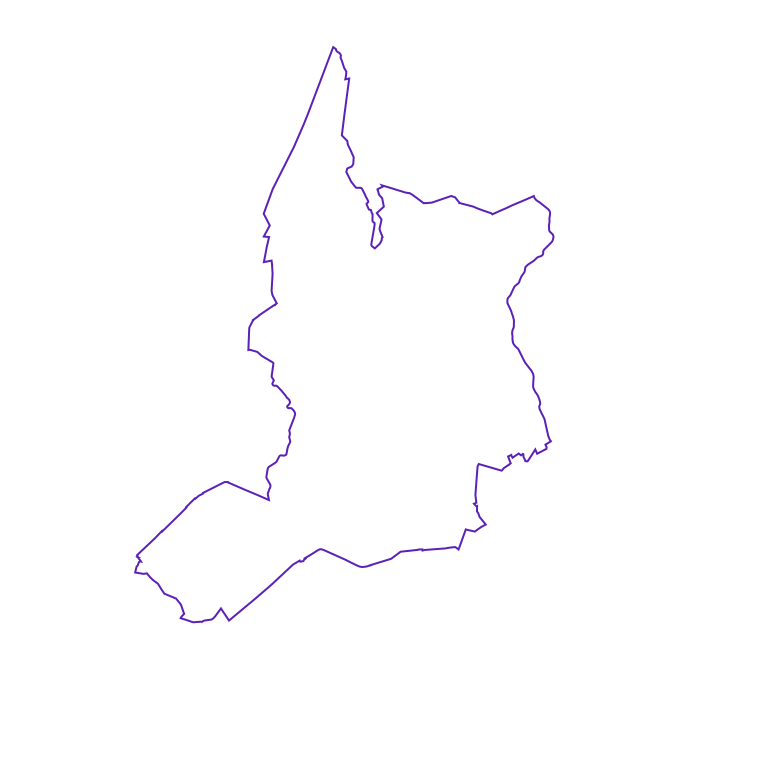 Barkavas pag., Madona, Latvia, rotated 112°
{"feature_id": "27541924B85435526421867", "entity_name": "Barkavas pag.", "entity_type": "district", "adm_level": 2, "iso_a3": "LVA", "parent_name": "Latvia", "parent_adm1": "Madona", "projection": "mercator", "projection_center": [26.589, 56.738], "detail": "fine", "context": "isolated", "style": "outline", "palette": "violet", "viewbox_px": 768, "rotation_deg": 112, "n_neighbors": 0, "source": "geoboundaries", "source_scale": "gbopen_adm2", "svg_char_len": 6097}
<svg xmlns="http://www.w3.org/2000/svg" viewBox="0 0 768 768"><g transform="rotate(112 384 384)"><path d="M661.4,439.1L630.6,422.6L616.4,415.3L612.1,413.1L585.5,400.7L579.3,396.0L580.1,395.0L578.4,392.4L577.6,392.4L577.1,392.3L575.0,391.2L574.9,391.3L574.9,391.9L570.9,388.8L562.3,382.6L561.3,381.5L560.7,380.3L560.5,377.8L561.4,354.0L561.9,348.1L562.4,341.0L562.4,338.0L561.8,335.3L560.3,332.9L560.2,332.4L557.2,328.6L557.1,328.8L543.4,311.9L533.3,305.8L525.5,291.2L525.3,290.7L525.1,290.7L524.3,289.6L523.0,286.5L524.0,285.9L522.8,284.3L522.5,283.8L513.5,265.6L511.6,262.6L509.0,257.9L508.6,257.0L508.5,256.7L509.5,252.9L505.3,253.0L488.2,253.7L488.1,252.6L486.8,244.5L484.2,242.9L479.9,240.1L476.2,237.0L471.8,245.0L471.5,245.5L468.4,248.3L467.3,250.1L462.7,251.8L462.9,251.9L462.6,253.0L461.3,255.7L459.5,253.9L452.6,257.7L451.0,258.2L440.4,261.6L425.6,266.3L422.7,266.2L420.3,242.6L420.0,242.2L417.1,241.4L411.4,237.5L411.2,237.5L410.1,236.8L404.7,241.8L402.1,239.4L402.7,239.0L404.2,237.2L398.0,233.1L398.8,230.2L396.8,229.0L397.0,228.4L399.1,227.5L399.7,226.9L402.1,224.3L402.6,224.0L401.9,221.9L397.1,220.9L388.0,219.2L391.3,215.9L383.4,209.2L381.9,209.4L379.7,211.6L375.1,208.1L374.5,207.8L373.9,208.9L373.2,209.8L370.6,212.3L356.6,221.9L354.6,224.0L352.1,226.9L349.3,230.0L348.7,230.5L347.7,231.1L346.6,231.7L344.6,231.7L343.8,231.8L343.1,232.1L342.3,232.5L339.6,234.6L337.6,236.5L336.1,238.4L334.7,240.7L332.6,243.2L331.0,244.5L330.2,244.9L327.2,246.0L321.4,247.9L319.3,249.2L318.7,249.6L318.1,250.3L316.3,252.5L315.4,254.2L312.0,260.0L311.1,261.4L308.4,264.6L302.2,271.5L301.1,272.9L300.1,275.8L299.5,277.0L298.6,278.5L297.6,279.7L296.4,280.5L294.7,281.5L291.5,282.8L289.9,283.7L289.1,284.2L286.7,284.9L284.6,285.0L283.3,284.9L282.3,285.1L276.9,287.1L275.5,287.9L272.6,290.1L271.0,291.6L269.2,293.0L267.4,294.8L263.4,299.2L262.6,299.9L260.9,300.7L259.8,301.1L257.9,301.3L254.4,300.1L253.2,300.0L246.9,299.7L244.4,299.4L240.2,297.1L239.0,296.8L236.7,297.0L232.8,296.9L228.0,295.8L227.2,295.7L223.0,296.6L222.4,296.6L219.5,295.3L214.4,291.8L213.3,291.1L209.5,289.4L208.8,288.9L208.3,288.4L206.6,286.3L206.0,285.9L204.9,285.3L203.7,285.2L201.3,286.1L200.3,286.0L199.5,285.9L189.6,281.7L188.7,281.5L187.7,281.4L185.3,281.7L184.3,281.9L183.5,282.3L182.8,282.9L182.2,283.5L181.9,284.1L181.2,285.7L180.9,286.7L180.5,287.5L179.9,288.2L179.3,288.6L175.1,290.5L171.9,291.2L171.1,291.5L170.1,292.0L168.3,292.7L164.6,293.6L163.0,294.1L161.9,295.0L161.2,295.9L160.4,297.3L159.8,299.4L157.4,307.3L157.1,308.6L157.1,309.2L156.5,311.6L155.6,313.4L155.0,314.3L153.6,315.5L154.3,316.1L156.6,318.4L162.0,323.7L169.7,331.5L174.6,336.0L181.0,342.3L186.1,347.1L185.5,348.4L186.0,356.5L186.2,362.7L186.1,367.9L187.9,381.7L188.0,381.9L187.7,382.0L184.3,388.0L184.5,392.1L197.9,407.6L200.6,412.9L200.9,413.8L201.0,413.8L201.4,414.8L201.5,414.9L198.8,425.0L197.9,428.8L197.4,432.0L197.7,432.3L198.5,436.2L199.8,452.0L200.6,460.2L201.3,458.9L205.9,463.0L206.2,462.8L206.1,462.7L210.4,459.5L212.4,455.4L212.6,455.2L219.6,450.6L219.9,450.7L228.2,454.7L230.3,451.3L232.3,448.0L233.9,447.6L241.8,446.3L243.7,444.8L248.4,440.3L249.3,440.7L251.6,440.0L255.5,440.4L261.7,443.3L260.8,446.7L260.4,447.3L259.8,447.8L258.8,448.2L240.0,452.3L238.4,453.0L238.1,453.2L237.9,454.5L237.7,454.9L237.4,455.4L237.1,455.8L230.8,458.2L230.6,458.4L229.9,459.5L227.7,461.2L227.5,461.6L227.9,462.9L227.9,463.3L224.1,467.3L223.4,467.7L221.3,466.8L221.0,466.8L220.4,467.1L216.7,471.4L215.8,472.3L215.0,473.2L211.4,477.3L210.9,478.3L210.9,478.6L211.0,479.6L212.5,483.3L212.4,483.7L208.8,490.1L201.6,498.3L201.4,498.4L198.1,498.8L197.5,498.4L194.5,495.4L191.5,494.9L185.2,497.0L180.3,502.0L175.5,507.3L172.4,509.1L169.3,516.2L148.7,521.7L113.8,530.7L116.0,534.0L112.1,534.8L108.5,535.9L105.8,539.4L100.4,543.9L97.6,546.6L95.7,546.9L94.5,548.0L93.6,549.8L93.7,550.4L93.2,552.2L92.8,553.1L91.4,554.2L90.7,557.3L162.2,555.7L174.0,555.7L197.8,556.3L245.0,560.2L271.2,559.3L279.8,549.3L292.3,550.7L290.8,545.6L301.0,544.0L316.0,541.0L311.7,534.5L315.9,532.1L316.0,532.2L323.5,528.6L339.5,523.2L340.8,522.5L343.5,520.6L349.4,513.6L351.6,515.0L351.9,514.8L352.4,515.7L367.2,525.6L367.5,525.5L373.3,529.1L373.3,528.9L373.9,529.1L373.9,529.3L381.9,530.0L382.9,529.8L403.3,522.5L402.5,521.2L402.5,520.4L402.4,520.1L401.7,513.5L403.6,508.2L403.8,507.5L405.7,495.2L405.8,494.7L406.5,494.2L418.8,491.1L419.5,490.8L421.2,488.4L421.9,487.5L424.9,487.7L425.6,487.6L426.2,487.1L426.6,486.6L426.8,485.9L426.6,484.7L426.0,483.7L426.0,483.1L426.0,482.3L428.4,477.0L429.4,475.1L431.3,471.5L432.4,469.8L432.8,469.3L433.3,468.4L433.7,466.9L434.5,465.6L435.8,464.5L436.5,464.2L437.3,464.2L439.4,464.7L440.3,465.3L440.9,465.4L441.6,465.1L442.1,464.3L442.2,463.6L441.2,461.2L441.2,460.6L441.8,459.1L442.4,457.9L443.7,456.1L445.2,455.1L445.7,455.0L448.9,454.7L462.6,454.5L464.3,453.2L465.2,452.7L466.6,452.3L468.4,452.1L469.1,451.8L471.7,449.8L472.7,449.3L473.7,449.3L477.6,449.6L480.1,449.3L485.6,448.2L486.3,448.3L487.3,449.1L487.6,449.5L488.1,450.3L488.6,452.5L489.1,453.4L489.8,453.8L490.9,454.1L492.7,454.2L496.6,454.6L498.2,455.6L504.0,459.7L505.2,460.1L506.0,460.0L507.0,459.9L514.5,458.2L514.8,458.0L515.6,457.2L520.0,451.7L520.9,451.1L522.0,450.8L523.4,450.8L524.5,451.0L526.7,450.7L528.1,450.8L529.3,450.7L534.7,447.2L534.3,460.7L534.2,472.0L533.7,491.8L533.4,491.9L534.4,494.7L535.0,495.4L552.9,511.1L553.5,510.8L556.9,513.8L561.0,515.9L560.8,516.4L572.3,521.4L572.6,520.9L580.0,524.0L603.8,534.4L603.4,534.8L612.8,538.6L635.1,548.8L635.7,548.1L636.6,548.5L637.0,547.5L636.9,547.0L636.9,546.7L637.0,546.8L637.3,546.5L638.0,545.6L638.3,544.9L639.2,543.3L639.7,542.7L639.8,543.3L640.0,543.8L640.6,544.3L641.0,544.5L644.0,544.4L644.7,544.5L645.9,545.0L652.0,544.1L650.1,535.7L648.4,532.9L650.7,528.7L652.3,524.8L653.9,518.7L657.9,513.3L660.7,509.0L660.8,496.5L664.6,489.7L672.0,483.2L675.5,484.6L677.3,484.8L676.8,478.5L676.5,472.4L676.4,471.8L676.2,471.2L673.1,465.0L672.7,463.5L672.2,463.3L671.3,462.7L670.8,462.1L670.5,461.7L667.0,455.7L666.1,455.0L665.0,454.4L662.7,453.5L653.2,451.1L661.4,439.1Z" fill="none" stroke="#5b21b6" stroke-width="2"/></g></svg>